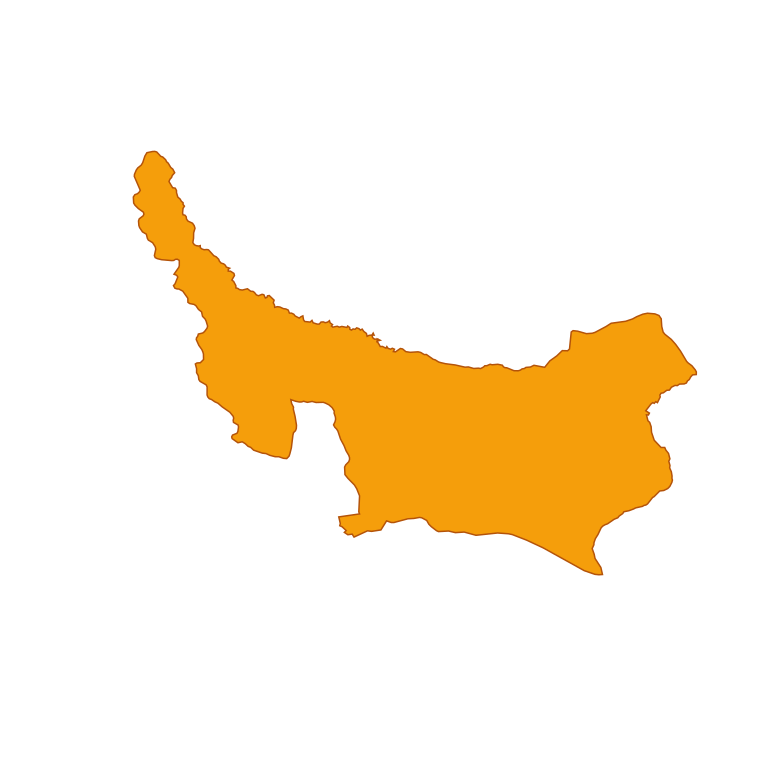 Webuye West, Western, Kenya, rotated 109°
{"feature_id": "3690345B24019880317128", "entity_name": "Webuye West", "entity_type": "district", "adm_level": 2, "iso_a3": "KEN", "parent_name": "Kenya", "parent_adm1": "Western", "projection": "mercator", "projection_center": [34.696, 0.598], "detail": "fine", "context": "isolated", "style": "filled", "palette": "amber", "viewbox_px": 768, "rotation_deg": 109, "n_neighbors": 0, "source": "geoboundaries", "source_scale": "gbopen_adm2", "svg_char_len": 6142}
<svg xmlns="http://www.w3.org/2000/svg" viewBox="0 0 768 768"><g transform="rotate(109 384 384)"><path d="M330.8,290.1L333.2,292.7L333.9,294.6L335.5,295.4L337.9,297.6L338.3,299.9L340.1,304.2L340.4,309.8L341.7,312.8L342.8,322.8L344.8,332.5L345.3,337.2L345.4,339.5L344.5,343.4L344.6,345.6L342.3,353.5L343.1,355.5L342.2,359.6L342.5,362.3L345.5,369.5L346.3,373.9L344.8,377.8L345.1,380.1L349.9,383.6L350.3,385.7L347.7,385.4L347.5,387.8L348.9,389.1L349.0,391.7L347.7,393.5L349.5,393.8L349.0,397.7L349.8,399.7L347.0,402.9L346.4,404.5L343.6,404.6L344.7,407.6L343.8,409.9L341.6,411.3L342.9,414.0L344.4,415.5L341.9,417.1L340.9,420.2L339.2,422.5L340.7,423.9L339.8,425.7L339.8,428.1L341.7,429.2L342.0,431.2L343.6,432.3L343.4,434.1L341.8,434.8L341.0,437.2L342.6,437.5L343.3,442.6L344.8,444.8L344.6,447.0L346.9,450.9L346.3,452.6L344.6,452.0L343.7,454.9L341.9,456.2L343.9,457.5L345.2,459.6L345.0,461.4L345.9,463.7L348.4,464.7L349.1,466.6L349.2,471.0L347.3,472.8L349.5,474.0L350.7,479.3L349.6,480.9L346.0,482.9L347.5,484.5L349.3,485.6L348.6,490.2L347.4,492.0L347.1,494.5L347.8,496.5L345.3,498.6L345.0,501.2L345.5,503.7L345.1,507.4L345.6,510.0L347.1,512.3L345.1,513.2L343.3,515.1L340.5,515.2L337.7,521.3L338.6,522.9L340.2,522.9L341.3,524.2L338.7,526.7L338.9,528.5L341.4,531.4L341.3,533.7L339.6,536.3L339.1,538.1L339.7,540.2L338.4,544.1L341.3,548.6L341.8,551.4L341.2,553.4L341.4,555.3L339.2,556.1L336.0,559.5L335.2,561.7L330.1,560.7L328.3,561.9L327.3,565.9L328.0,568.0L326.3,568.6L324.8,567.6L324.8,571.2L323.4,572.6L322.6,574.7L322.7,577.3L321.4,579.7L319.9,580.9L318.4,584.0L318.1,586.7L314.3,593.6L314.5,595.2L315.6,597.8L315.6,600.1L314.9,602.1L313.0,602.8L313.9,604.1L314.3,606.5L314.1,608.6L312.5,610.8L308.3,611.5L303.0,613.2L298.3,613.4L296.1,615.0L294.3,617.4L293.8,622.3L292.4,624.4L290.2,625.5L289.2,627.2L289.4,629.2L287.6,630.2L283.4,631.2L280.8,630.6L279.7,632.4L278.0,633.0L277.2,635.1L275.5,637.0L274.4,639.8L270.6,642.5L268.6,643.2L266.8,645.1L267.2,647.8L262.6,653.2L260.2,653.1L257.9,652.1L255.8,652.1L252.4,650.7L249.6,653.6L248.7,656.1L245.4,660.0L244.6,662.0L243.1,663.4L241.4,667.1L241.4,669.2L238.6,674.4L238.7,676.5L239.6,678.7L242.5,683.5L246.4,684.3L253.2,684.2L256.1,684.8L259.9,687.2L262.4,687.9L267.0,688.2L269.0,687.7L280.2,677.5L282.5,678.0L284.4,679.1L286.1,681.2L288.8,681.9L294.4,679.6L296.0,677.7L298.1,673.4L299.9,667.4L301.6,666.3L303.4,666.5L307.5,669.2L309.8,669.2L313.9,667.4L315.7,666.0L318.8,661.9L319.7,657.5L323.4,655.1L324.7,653.6L325.7,648.8L328.7,645.0L330.8,643.7L337.4,642.9L339.0,641.5L339.3,639.3L338.9,634.8L336.4,624.8L335.6,623.0L334.1,621.9L333.3,620.1L333.8,617.8L338.7,616.1L340.5,616.0L348.6,618.3L348.7,615.4L350.0,613.8L357.3,614.2L359.5,615.1L361.5,612.9L361.5,610.6L361.0,608.9L361.7,604.5L366.8,597.4L370.6,596.0L371.2,594.0L370.6,589.5L371.2,587.3L373.9,583.7L375.2,580.0L379.1,577.6L380.8,574.3L382.4,572.7L386.7,569.6L388.9,569.5L392.9,570.8L394.8,572.0L397.2,575.8L399.6,575.7L401.3,576.3L403.1,576.0L407.7,571.7L410.8,567.4L412.8,565.6L414.4,564.5L419.6,562.6L423.7,564.6L425.0,567.7L426.5,568.9L430.5,566.2L434.3,564.9L436.6,562.3L440.1,560.5L441.4,558.8L442.7,551.9L444.3,550.3L452.0,547.7L453.6,546.4L454.8,544.4L454.8,542.1L455.9,538.2L456.2,534.8L458.3,529.6L460.9,520.5L463.7,516.0L465.3,515.0L467.4,514.8L469.3,513.8L470.3,508.6L471.9,507.6L476.4,506.7L478.5,507.0L481.6,510.6L483.6,510.8L485.1,509.8L487.1,503.0L484.8,499.2L485.6,495.7L487.2,492.2L487.3,489.5L489.0,485.7L489.0,476.6L488.2,472.9L488.6,468.7L488.2,463.3L487.0,459.7L487.0,454.9L486.2,451.7L483.2,450.3L480.6,450.3L474.5,450.8L461.9,453.5L459.4,453.7L457.0,452.5L454.7,452.4L451.5,453.3L443.5,457.6L437.2,461.6L435.4,462.0L432.6,464.9L429.1,467.0L429.1,461.9L428.6,458.3L427.8,456.1L426.5,454.4L426.3,450.5L423.9,446.3L423.6,442.2L421.1,435.5L421.1,433.4L421.6,429.4L423.2,425.4L425.8,422.2L427.8,421.7L430.9,419.3L433.0,418.3L435.4,418.0L439.1,418.4L440.9,416.4L442.0,414.2L443.5,412.3L450.3,407.1L455.3,401.7L459.5,398.1L463.0,394.0L464.9,392.6L466.6,392.0L468.9,392.0L473.0,393.9L475.4,394.2L482.4,391.4L485.0,387.3L489.1,379.1L491.9,375.7L497.7,370.7L513.1,366.2L514.8,364.8L524.4,383.5L530.1,379.9L532.4,379.7L532.6,377.2L534.9,372.0L537.2,373.2L538.3,369.1L536.3,365.2L538.5,362.5L528.2,351.8L527.4,347.8L523.0,339.4L512.6,337.0L512.6,332.1L511.8,329.6L503.7,317.6L501.4,312.0L498.6,307.0L498.2,304.8L499.1,299.2L502.0,295.9L503.5,292.8L505.6,286.6L505.8,284.4L502.0,275.1L501.3,268.1L497.9,260.0L497.1,247.8L487.9,228.1L485.1,217.6L484.6,213.7L485.2,198.5L487.1,180.3L495.3,133.9L495.3,122.6L494.4,118.7L493.0,115.4L486.9,119.2L480.2,127.7L476.6,129.8L471.8,133.6L467.7,133.2L465.8,133.8L461.4,133.8L456.7,132.7L449.4,131.9L447.3,131.0L445.2,129.3L443.4,127.1L436.9,122.3L434.4,119.4L432.2,118.6L428.8,116.1L426.7,115.6L424.1,111.2L420.9,107.3L419.2,105.7L415.5,99.7L414.2,98.7L413.2,97.0L411.6,95.8L403.9,93.1L402.5,91.9L395.4,88.5L393.6,84.8L390.5,81.7L387.8,80.4L383.4,79.8L380.9,80.0L379.5,81.0L377.2,81.7L373.5,83.7L370.3,86.6L367.9,87.1L364.3,89.6L361.7,89.3L357.0,92.4L354.7,96.0L352.6,97.9L353.8,101.4L349.2,110.2L342.6,115.3L337.4,117.5L333.8,120.3L332.8,122.5L327.7,125.8L327.2,123.9L325.1,123.6L324.1,127.8L316.1,125.1L314.1,123.8L314.3,122.2L312.2,121.3L312.6,119.4L306.3,118.6L304.7,119.6L302.5,119.0L301.4,117.0L297.9,114.6L296.8,112.1L293.5,111.2L290.6,108.4L290.0,106.1L287.9,104.6L286.2,100.2L284.6,98.4L282.3,98.1L280.4,96.8L277.4,96.3L274.9,95.2L273.4,91.8L270.9,92.6L269.3,94.3L266.5,98.8L265.1,103.2L264.1,105.2L256.4,114.3L251.6,121.1L248.3,126.9L245.5,134.7L244.0,137.0L239.2,140.1L232.1,143.1L229.7,146.3L229.5,150.7L231.3,157.9L233.7,162.0L238.1,167.0L241.6,170.2L246.0,175.9L252.6,189.0L257.4,192.8L266.4,201.2L268.2,203.6L270.5,209.0L271.0,218.1L272.0,222.6L273.9,223.9L290.5,220.0L292.8,221.2L294.4,226.3L301.2,229.8L308.1,234.7L315.9,237.5L317.5,248.3L320.3,251.1L322.1,255.2L323.7,256.4L324.8,258.4L326.5,259.6L327.8,261.4L329.1,265.4L328.7,273.2L329.2,275.2L328.8,276.8L327.7,278.2L328.3,282.8L330.6,288.0L330.8,290.1ZM341.6,411.3L341.0,409.3L339.4,410.8L341.6,411.3ZM343.6,404.6L345.1,403.5L343.9,401.9L343.6,404.6Z" fill="#f59e0b" stroke="#b45309" stroke-width="1.5"/></g></svg>